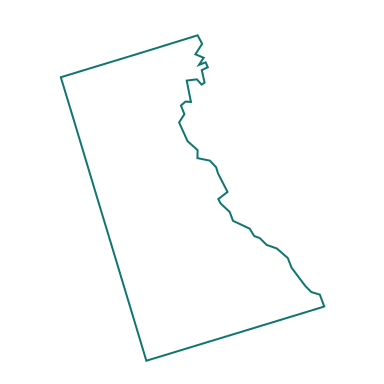 outline of Juneau, Wisconsin, United States of America, rotated 343°
{"feature_id": "52423323B86052819188515", "entity_name": "Juneau", "entity_type": "district", "adm_level": 2, "iso_a3": "USA", "parent_name": "United States of America", "parent_adm1": "Wisconsin", "projection": "albers", "projection_center": [-89.981, 43.945], "detail": "fine", "context": "isolated", "style": "outline", "palette": "teal", "viewbox_px": 384, "rotation_deg": 343, "n_neighbors": 0, "source": "geoboundaries", "source_scale": "gbopen_adm2", "svg_char_len": 758}
<svg xmlns="http://www.w3.org/2000/svg" viewBox="0 0 384 384"><g transform="rotate(343 192 192)"><path d="M100.1,43.9L100.0,89.5L99.6,174.2L99.5,216.5L99.2,295.9L99.0,340.0L266.3,340.2L279.8,340.2L283.2,340.2L284.7,340.1L285.0,340.1L284.2,327.5L276.9,322.6L272.9,315.1L265.1,293.6L264.3,283.2L256.6,270.8L247.9,264.4L243.3,255.9L238.6,252.3L236.5,244.0L222.8,231.6L222.2,222.1L216.0,211.3L215.1,206.4L226.0,202.3L222.3,181.8L222.3,175.4L218.2,167.2L207.1,161.2L209.6,153.6L202.6,142.1L200.0,121.7L207.5,115.3L206.7,106.1L212.2,103.6L217.3,105.6L219.5,83.9L229.6,85.7L232.6,92.1L236.0,91.1L237.0,78.3L243.6,77.3L242.9,72.0L235.8,72.5L242.4,67.1L235.5,61.3L245.0,53.3L243.2,43.8L181.0,44.0L100.1,43.9Z" fill="none" stroke="#0f766e" stroke-width="2"/></g></svg>